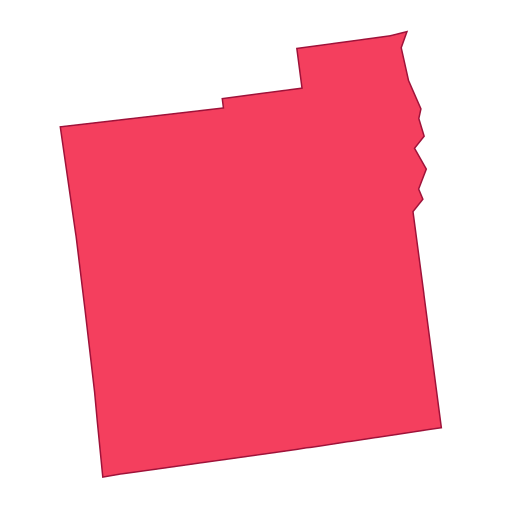 Cass, Missouri, United States of America, rotated 261°
{"feature_id": "52423323B27158258855526", "entity_name": "Cass", "entity_type": "district", "adm_level": 2, "iso_a3": "USA", "parent_name": "United States of America", "parent_adm1": "Missouri", "projection": "albers", "projection_center": [-94.412, 38.646], "detail": "fine", "context": "isolated", "style": "filled", "palette": "rose", "viewbox_px": 512, "rotation_deg": 261, "n_neighbors": 0, "source": "geoboundaries", "source_scale": "gbopen_adm2", "svg_char_len": 715}
<svg xmlns="http://www.w3.org/2000/svg" viewBox="0 0 512 512"><g transform="rotate(261 256 256)"><path d="M60.3,171.1L58.6,266.2L58.7,275.8L58.4,280.0L58.3,290.3L58.3,317.3L58.1,320.6L58.0,345.4L57.9,347.1L57.9,347.4L57.7,374.1L57.6,399.2L57.5,406.0L57.5,407.1L57.4,412.2L191.3,415.8L192.8,415.9L275.3,418.0L286.0,429.7L296.7,427.1L315.2,437.8L337.6,429.4L348.0,440.8L366.3,438.3L375.5,441.9L405.4,434.1L439.0,432.0L454.0,440.2L452.5,422.7L454.6,328.8L414.6,327.7L415.7,287.4L416.7,247.3L407.3,247.0L414.2,82.9L306.8,81.4L303.6,81.4L228.9,78.7L212.0,78.0L146.7,75.3L117.8,73.4L61.6,70.1L61.9,88.2L61.8,90.0L61.5,103.5L60.4,167.1L60.4,168.7L60.3,171.1Z" fill="#f43f5e" stroke="#9f1239" stroke-width="1.5"/></g></svg>